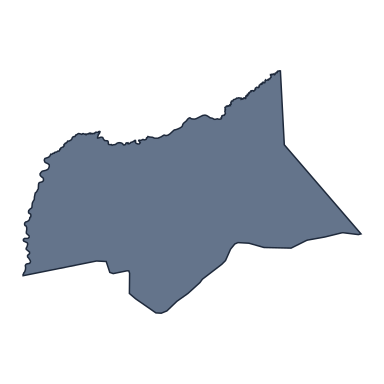 Limulunga, Western, Zambia (Mercator projection)
{"feature_id": "96606910B48739682467937", "entity_name": "Limulunga", "entity_type": "district", "adm_level": 2, "iso_a3": "ZMB", "parent_name": "Zambia", "parent_adm1": "Western", "projection": "mercator", "projection_center": [23.382, -14.96], "detail": "fine", "context": "isolated", "style": "filled", "palette": "slate", "viewbox_px": 384, "rotation_deg": 0, "n_neighbors": 0, "source": "geoboundaries", "source_scale": "gbopen_adm2", "svg_char_len": 5795}
<svg xmlns="http://www.w3.org/2000/svg" viewBox="0 0 384 384"><path d="M23.1,275.7L96.5,261.0L106.2,261.5L109.8,272.4L113.2,273.6L127.0,270.8L128.8,270.9L129.6,273.2L129.4,293.5L135.6,298.8L155.9,312.9L161.3,313.2L166.9,310.9L176.9,301.3L188.0,293.4L200.0,282.5L202.4,279.2L221.8,264.3L225.5,260.6L230.6,249.1L234.8,244.0L237.9,242.6L248.9,243.2L264.0,247.5L291.1,248.1L306.4,240.5L307.5,240.1L324.8,237.0L341.9,232.8L343.0,232.7L358.4,234.6L361.0,233.9L284.3,144.8L280.4,70.9L279.5,70.8L278.7,71.2L278.1,71.0L277.5,71.3L277.0,71.9L277.2,72.3L277.2,72.6L276.8,72.8L276.2,72.8L275.2,73.2L274.9,73.7L275.0,74.5L274.7,74.7L274.3,74.8L273.2,73.9L272.1,74.7L271.8,74.7L271.8,74.4L271.6,74.3L271.0,74.8L270.8,74.7L270.7,75.0L270.5,74.9L270.5,75.3L270.9,76.0L271.1,77.2L270.1,78.2L269.9,78.8L269.0,78.9L268.5,80.0L268.3,80.0L268.3,79.7L267.9,79.6L267.7,80.0L267.4,80.1L265.9,80.4L265.5,80.0L265.4,80.4L265.1,80.6L265.2,81.0L264.8,82.7L264.2,82.8L263.1,82.1L262.9,82.2L262.7,83.1L262.0,83.1L261.7,83.3L262.0,84.0L261.9,84.2L261.3,84.4L260.5,84.1L259.5,85.3L259.2,85.4L259.2,86.6L258.9,86.7L258.9,87.1L258.7,87.5L258.1,87.7L256.9,87.2L255.5,88.1L255.3,88.3L255.4,88.8L255.2,89.1L255.5,89.4L255.3,89.7L254.0,90.6L253.9,91.1L253.7,91.2L253.4,90.9L252.4,90.6L251.0,90.8L251.1,91.6L250.2,91.8L249.8,92.3L248.9,92.7L248.8,93.2L249.1,93.6L248.9,93.8L247.4,94.3L247.4,95.0L247.8,95.3L247.5,95.8L247.2,95.9L246.7,95.5L245.9,96.0L245.8,96.4L246.0,96.6L245.8,97.0L245.9,97.4L245.4,98.0L245.6,98.5L245.3,98.6L244.7,98.2L244.8,97.9L244.0,97.8L243.7,98.1L243.5,98.4L243.1,98.5L242.9,99.1L242.7,99.1L242.7,98.8L242.5,98.7L241.9,99.0L241.7,98.6L241.3,99.3L241.1,99.4L240.8,98.3L240.0,97.9L239.2,98.0L238.7,97.8L237.3,98.2L236.6,98.1L236.1,98.7L234.9,99.4L234.1,99.4L233.6,99.7L233.1,100.2L232.8,101.0L231.5,101.1L231.4,101.7L231.2,101.8L230.8,102.8L231.1,103.2L230.9,103.7L231.1,104.2L230.9,104.4L230.0,104.6L230.3,105.6L229.5,105.7L229.3,105.5L228.6,105.7L228.6,106.1L227.6,106.4L227.2,106.3L227.1,106.0L226.8,106.2L226.4,106.1L226.2,106.3L226.3,106.6L225.9,107.0L225.1,107.3L224.9,107.7L225.0,108.1L225.5,109.3L225.0,109.8L225.3,110.4L224.9,111.0L224.9,111.6L225.1,111.8L225.2,113.0L225.4,113.5L225.1,114.1L224.6,114.5L224.5,115.0L224.2,115.3L223.2,115.3L221.9,115.8L221.7,116.6L221.9,116.9L221.1,117.7L221.4,118.6L220.8,119.0L219.0,119.3L217.3,118.8L215.6,119.3L214.1,119.3L212.5,118.3L209.9,117.7L208.8,116.8L206.6,115.5L205.0,115.1L202.8,115.4L196.1,118.7L194.5,119.1L192.0,118.9L191.2,118.7L190.1,117.9L189.3,117.9L188.0,118.8L187.1,119.8L186.7,120.6L183.5,123.3L182.8,124.4L182.3,126.1L181.8,126.8L179.9,128.0L177.2,129.2L175.3,129.8L174.8,129.8L173.9,130.2L169.9,133.9L168.1,135.1L166.0,135.6L164.5,135.1L163.7,135.2L161.2,136.8L157.9,138.2L154.6,138.2L152.6,137.3L149.5,137.0L147.9,136.5L147.2,137.7L146.8,137.7L146.5,138.0L146.3,139.1L146.0,139.4L144.5,139.9L143.8,139.8L143.0,139.4L140.9,140.4L140.3,140.4L139.8,140.1L138.8,140.3L138.7,140.8L139.5,141.5L139.8,142.4L140.2,142.6L139.8,143.4L139.4,143.8L138.4,144.0L137.9,144.0L136.6,143.5L135.8,143.0L135.3,142.0L135.7,141.2L135.4,140.4L135.1,140.4L134.6,140.5L134.1,141.1L133.4,141.3L132.7,141.9L130.8,142.4L130.5,142.9L128.9,143.9L128.1,142.9L127.7,143.4L127.4,142.9L126.3,142.9L126.0,143.1L125.5,144.3L125.1,144.7L124.5,144.9L123.6,144.9L123.1,144.5L122.7,143.8L121.7,143.1L120.0,142.7L118.8,142.7L117.2,143.1L115.4,144.5L112.8,144.9L112.1,145.3L111.3,144.5L110.5,144.7L108.6,144.4L108.3,143.8L108.3,142.0L107.7,140.9L106.8,140.7L106.2,140.8L105.8,140.6L104.8,140.6L104.3,140.2L103.2,138.7L103.0,138.0L102.7,137.5L101.8,137.2L100.7,137.2L98.8,137.9L97.6,138.0L97.6,137.0L98.2,135.6L98.2,134.8L98.6,134.2L99.4,133.7L99.5,132.6L100.0,132.1L100.0,131.6L99.6,131.4L98.7,131.6L98.6,132.1L98.1,132.3L95.7,132.2L94.7,133.0L94.7,133.3L94.3,133.4L94.2,133.6L93.1,133.4L92.7,133.8L91.6,133.4L91.2,133.8L90.5,133.8L90.5,133.2L90.1,133.0L89.7,133.3L89.3,133.2L88.8,133.8L88.5,133.6L88.2,133.8L87.8,133.8L87.2,134.1L86.4,134.1L86.2,134.7L85.8,134.7L85.2,134.0L84.4,134.2L83.4,133.6L82.8,133.6L82.3,133.9L82.0,134.3L81.4,134.4L80.9,134.0L78.7,133.5L77.9,133.8L76.5,134.9L76.1,134.8L75.7,135.1L75.0,136.5L73.7,136.6L72.7,137.1L72.1,138.1L72.0,138.8L70.8,140.2L68.9,141.1L67.6,141.1L66.9,142.4L66.4,142.8L66.1,142.8L65.6,143.4L65.2,143.3L64.5,144.2L64.0,144.5L64.1,145.1L63.9,145.6L64.1,145.9L63.4,146.5L63.2,147.0L62.4,147.2L60.8,148.0L60.7,148.3L60.4,148.6L60.4,149.2L59.8,149.3L59.7,150.1L58.9,151.2L57.8,151.1L56.5,152.1L55.1,152.2L54.5,152.6L54.4,153.0L54.1,152.9L53.7,153.3L52.9,153.5L52.6,153.5L51.8,154.3L51.4,154.4L50.7,154.2L50.0,155.9L49.4,156.3L48.7,157.2L44.9,158.5L44.4,159.6L44.3,160.5L44.9,162.1L45.5,162.6L47.7,163.6L48.7,164.3L49.2,164.8L49.3,166.3L48.8,167.9L47.9,169.3L45.9,170.3L42.2,171.2L40.9,172.5L40.0,173.9L40.2,175.3L40.7,176.0L41.7,177.0L42.6,177.5L43.4,178.6L43.5,180.3L43.3,180.8L42.6,181.5L41.9,181.9L39.3,182.6L38.7,183.5L38.5,184.5L38.3,188.8L37.4,190.2L37.1,191.0L35.9,192.6L35.3,192.9L35.1,193.7L34.4,197.1L34.3,199.4L33.1,201.4L32.3,203.1L31.9,207.4L31.5,208.1L30.3,208.8L28.7,210.5L28.5,211.4L28.6,212.8L29.3,213.5L30.4,213.9L30.7,214.3L30.9,215.7L30.7,216.9L29.9,217.4L29.6,219.0L28.9,220.4L27.3,221.5L25.6,222.0L24.8,222.9L24.6,223.4L24.6,224.6L24.9,225.3L25.1,225.6L26.2,226.1L26.7,227.7L26.7,229.8L26.4,231.5L26.3,233.1L27.3,234.3L28.8,235.5L29.1,235.9L29.2,237.2L28.2,238.2L27.7,238.4L24.7,238.4L23.5,239.2L23.3,240.2L23.7,241.1L27.1,242.7L27.5,243.2L27.7,244.1L27.1,246.6L26.5,247.5L26.1,248.8L26.3,249.4L29.5,252.0L29.6,253.3L29.1,254.1L28.0,254.9L27.5,255.7L27.6,257.0L28.7,258.1L29.5,259.4L30.4,260.9L30.5,261.6L30.2,262.5L29.5,263.4L27.2,263.8L26.3,264.1L25.6,264.9L25.3,265.6L25.6,267.5L25.5,269.3L24.9,271.3L24.5,272.1L23.9,272.7L23.3,274.2L23.0,274.8L23.1,275.7Z" fill="#64748b" stroke="#1e293b" stroke-width="1.5"/></svg>